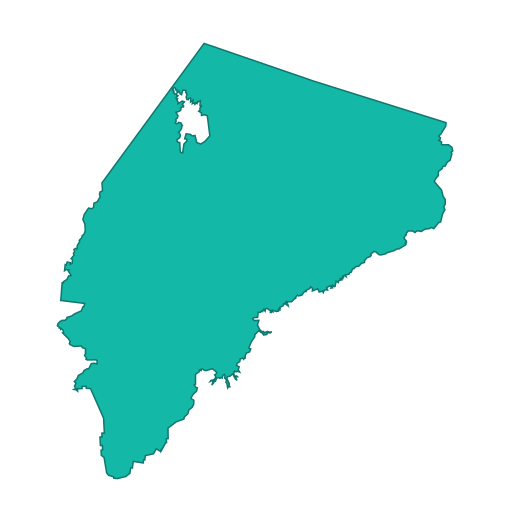 outline of Mansfield, Victoria, Australia, rotated 267°
{"feature_id": "25037944B49622483033966", "entity_name": "Mansfield", "entity_type": "district", "adm_level": 2, "iso_a3": "AUS", "parent_name": "Australia", "parent_adm1": "Victoria", "projection": "robinson", "projection_center": [146.151, -37.241], "detail": "fine", "context": "isolated", "style": "filled", "palette": "teal", "viewbox_px": 512, "rotation_deg": 267, "n_neighbors": 0, "source": "geoboundaries", "source_scale": "gbopen_adm2", "svg_char_len": 6013}
<svg xmlns="http://www.w3.org/2000/svg" viewBox="0 0 512 512"><g transform="rotate(267 256 256)"><path d="M379.2,452.8L427.8,322.3L471.0,215.3L337.1,106.0L329.0,106.1L328.1,103.6L325.8,102.9L323.3,103.5L318.4,100.2L317.2,96.9L313.2,96.3L311.8,94.8L312.6,91.3L306.6,86.7L301.6,85.0L296.8,86.8L290.2,86.8L287.0,85.5L285.1,83.3L283.5,83.1L280.9,80.3L279.7,80.7L275.7,78.0L272.6,77.7L273.0,76.1L272.1,74.5L270.0,75.2L268.2,73.8L266.3,74.3L263.0,71.2L262.3,72.5L258.3,72.1L257.4,70.0L259.0,70.3L259.9,67.2L256.8,65.8L257.3,65.0L251.3,64.0L252.4,65.7L251.8,68.7L250.9,67.7L246.2,70.4L245.9,67.8L242.5,66.0L240.4,62.3L239.3,62.2L239.4,61.0L221.8,58.7L217.6,82.4L214.5,81.5L214.3,80.5L210.3,78.6L207.7,71.7L205.8,68.9L204.6,64.0L203.4,63.9L201.7,61.8L201.9,59.0L200.8,56.8L198.7,54.6L196.7,54.0L195.1,55.9L194.5,55.7L194.3,56.7L193.0,57.1L193.7,57.7L192.3,59.3L189.8,59.9L189.4,58.8L183.0,64.5L180.3,65.9L178.2,65.0L177.3,65.6L175.2,69.5L175.3,76.7L173.4,78.0L172.4,80.9L167.6,80.6L165.7,79.6L163.1,81.4L161.8,80.8L161.0,82.1L160.7,90.7L160.0,91.8L156.6,91.7L157.4,88.5L157.1,85.9L152.1,83.0L152.2,81.4L150.7,78.3L148.3,76.9L146.0,72.3L142.5,70.7L140.2,68.0L138.1,69.6L135.6,67.9L133.0,69.1L132.3,67.3L131.7,69.5L130.4,70.8L132.7,70.8L132.7,75.4L134.8,75.4L134.8,79.6L132.7,79.6L132.3,83.8L102.1,95.3L87.2,95.3L87.2,92.8L83.5,92.8L83.4,90.7L74.9,90.7L74.7,92.7L70.6,92.7L70.2,91.1L65.0,91.1L62.9,93.7L47.3,95.5L44.7,97.3L43.0,102.1L41.6,102.3L41.0,105.9L42.6,114.4L45.6,118.7L51.1,119.8L50.7,121.5L57.3,122.7L55.2,132.5L58.4,133.1L58.1,134.2L62.5,135.1L63.8,143.3L68.7,146.3L66.0,150.2L67.0,150.8L66.0,150.9L74.3,156.0L74.3,156.9L78.2,156.9L78.2,158.7L88.7,159.1L94.6,167.7L97.0,175.5L98.9,176.0L102.2,179.8L105.8,180.9L108.3,184.4L111.1,186.0L115.2,186.4L117.0,183.7L117.8,183.8L121.2,186.0L124.0,189.5L127.4,190.5L127.9,189.0L130.8,187.6L131.2,188.9L141.0,189.4L143.6,193.5L145.3,193.5L144.6,195.3L145.9,195.4L146.0,196.7L144.4,198.6L144.2,200.4L145.7,206.5L141.9,210.7L140.2,209.9L139.4,208.4L138.0,209.4L136.0,209.0L134.4,206.9L134.2,204.6L133.2,203.8L133.8,205.4L132.9,206.6L129.4,205.1L131.8,207.3L133.3,207.5L133.0,208.9L136.1,210.3L136.6,211.9L135.7,213.8L136.5,215.0L135.9,215.9L138.6,216.8L139.5,218.0L138.3,218.8L135.7,218.4L133.7,220.1L131.4,219.3L130.5,220.2L125.8,220.8L126.8,221.6L126.8,223.1L128.5,222.3L130.0,222.7L135.0,220.5L136.8,221.1L137.6,224.2L139.7,226.5L134.4,228.9L132.8,230.6L136.3,228.8L136.4,231.2L137.2,230.4L137.2,228.3L139.7,227.6L142.2,228.5L141.3,230.1L141.8,231.4L140.9,233.6L143.3,232.3L146.2,233.4L147.7,230.8L149.8,231.5L151.4,234.3L153.8,234.7L154.8,237.3L153.5,238.2L154.4,238.7L154.5,239.8L157.5,240.1L159.6,241.3L160.5,244.5L163.5,245.9L164.2,244.2L165.5,244.4L170.5,246.8L175.3,250.5L177.4,250.7L181.2,254.8L178.3,258.6L176.7,259.4L177.0,262.6L178.8,263.5L178.4,266.1L179.6,267.8L179.1,265.7L180.1,263.5L178.8,260.3L180.2,259.7L180.2,257.9L182.1,256.0L187.0,253.8L191.6,255.5L191.7,250.8L193.4,249.4L194.5,250.5L194.6,254.4L199.6,255.2L199.5,257.6L200.9,258.8L200.2,259.7L202.4,260.9L200.4,262.2L202.9,262.7L203.1,264.4L200.4,267.7L198.9,267.4L198.8,268.3L200.0,268.7L199.4,269.8L201.0,269.4L199.5,273.3L199.8,275.6L201.1,275.5L200.9,276.8L201.8,276.3L202.0,277.4L203.3,276.8L204.9,280.5L206.9,281.1L206.5,282.1L207.2,282.5L204.4,285.6L205.6,285.4L207.4,283.5L207.6,284.3L208.2,283.2L209.0,283.7L208.0,284.8L208.8,285.1L208.4,289.1L211.7,292.7L211.4,293.9L212.2,293.0L214.9,295.3L213.9,296.2L214.5,299.7L217.8,302.4L218.0,304.3L219.0,304.0L220.7,308.0L222.4,309.0L220.6,310.8L218.1,310.4L220.0,316.0L216.7,317.2L217.5,320.5L215.9,321.3L218.2,322.3L218.7,323.9L218.2,325.7L220.8,324.9L222.3,328.5L221.2,329.7L220.0,329.1L220.2,330.8L222.1,330.0L223.0,330.8L221.3,332.4L221.5,333.4L226.7,334.7L225.2,336.8L227.1,337.3L227.7,340.4L229.0,339.2L228.9,341.4L229.8,340.9L230.2,342.3L231.6,341.7L231.6,343.7L230.7,344.9L232.5,344.3L233.0,348.0L234.6,348.9L234.9,350.4L238.0,351.6L238.3,353.3L240.1,354.9L240.5,358.2L243.2,361.0L243.8,364.0L245.6,364.2L248.5,366.7L249.5,370.2L250.8,371.1L251.7,370.6L254.3,373.8L253.9,375.8L250.9,378.9L250.5,380.6L251.4,385.7L252.2,386.4L254.3,394.7L255.6,397.0L255.6,399.2L259.3,406.0L260.1,406.5L260.9,405.6L261.7,407.0L263.1,406.9L265.9,404.8L267.9,405.6L269.1,407.1L270.8,407.3L273.0,409.3L272.8,413.6L271.1,416.1L272.3,417.4L272.7,419.0L271.8,422.3L274.0,426.2L274.3,430.6L275.3,432.6L274.0,435.0L279.6,440.0L280.4,442.2L288.1,444.5L292.4,447.1L295.3,446.0L297.9,447.7L302.4,448.0L305.9,446.0L312.0,444.8L321.0,438.0L323.6,439.3L326.8,442.3L330.9,442.6L333.7,446.7L335.6,447.1L335.9,449.6L339.6,451.8L341.5,454.9L348.0,457.0L349.4,456.3L350.6,458.0L354.4,457.3L357.0,454.1L357.3,447.7L357.9,447.0L360.1,447.3L361.9,444.7L362.3,445.7L364.4,446.3L366.2,444.7L368.1,447.0L375.8,452.3L379.2,452.8ZM373.8,183.7L376.0,182.8L378.2,186.1L380.2,186.8L382.6,186.2L383.7,185.0L385.2,187.0L387.9,188.6L389.2,188.3L390.0,189.3L392.9,188.0L393.5,185.7L392.6,185.2L392.3,183.3L393.0,182.3L394.7,183.3L396.7,183.1L397.8,184.6L400.0,185.5L403.7,183.6L404.6,187.2L405.9,188.6L408.5,188.9L408.7,191.4L410.1,191.5L411.3,190.2L413.7,192.6L414.6,190.4L412.0,185.9L414.0,186.2L416.2,185.1L417.0,185.9L418.0,184.3L420.1,186.5L420.6,185.3L422.3,185.3L421.7,183.6L423.0,183.0L423.3,182.0L425.0,182.7L426.2,182.1L426.3,181.2L427.8,182.0L428.4,183.4L427.8,184.3L426.2,184.4L426.1,185.7L423.8,185.7L423.4,186.6L424.7,187.6L421.9,188.8L421.0,190.1L425.3,191.4L425.0,194.7L422.7,194.4L422.4,195.3L420.4,195.4L418.3,194.5L415.8,195.2L415.7,196.6L417.0,197.1L417.2,199.0L413.2,198.7L415.0,201.3L411.4,200.3L412.1,202.2L410.6,202.9L412.3,204.1L411.3,205.1L413.5,205.8L413.0,206.7L413.9,208.6L409.3,207.9L408.6,208.2L409.0,209.3L408.2,209.2L406.6,207.7L404.6,207.7L403.6,206.3L401.8,209.0L399.2,208.9L399.7,212.2L398.7,214.7L378.4,216.2L373.1,210.9L370.7,206.7L372.4,202.8L379.6,201.4L379.2,198.8L380.9,196.8L381.7,192.6L376.7,190.9L376.3,192.9L374.7,193.1L371.6,189.9L362.7,188.1L363.8,185.8L373.3,185.8L373.8,183.7Z" fill="#14b8a6" stroke="#0f766e" stroke-width="1.5"/></g></svg>